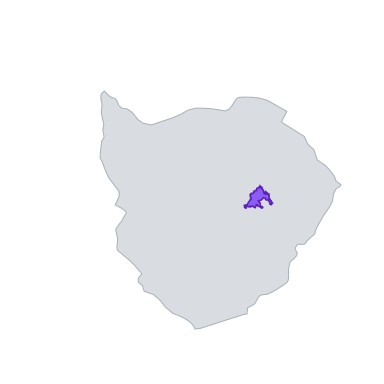 location of Seke, Mashonaland East, Zimbabwe, rotated 30°
{"feature_id": "62879985B71906244719276", "entity_name": "Seke", "entity_type": "district", "adm_level": 2, "iso_a3": "ZWE", "parent_name": "Zimbabwe", "parent_adm1": "Mashonaland East", "projection": "mercator", "projection_center": [31.007, -18.303], "detail": "fine", "context": "in_parent", "style": "filled", "palette": "violet", "viewbox_px": 384, "rotation_deg": 30, "n_neighbors": 0, "source": "geoboundaries", "source_scale": "gbopen_adm2", "svg_char_len": 6209}
<svg xmlns="http://www.w3.org/2000/svg" viewBox="0 0 384 384"><g transform="rotate(30 192 192)"><path d="M263.2,309.2L260.2,307.1L256.1,305.8L251.0,305.2L244.3,305.5L236.0,306.6L227.2,305.2L217.8,301.5L209.9,300.1L200.6,301.8L200.2,301.8L198.5,300.5L196.0,297.8L191.7,297.3L190.6,296.6L189.6,295.6L189.0,294.3L188.7,292.8L189.4,288.3L189.1,287.8L187.9,287.2L185.6,286.7L180.0,284.6L172.9,282.6L161.4,280.5L157.0,279.9L155.9,279.2L154.6,277.5L152.4,272.4L150.4,268.9L145.4,263.6L144.6,262.0L144.9,257.8L145.3,254.4L145.8,251.6L145.5,248.9L145.5,245.5L145.6,243.3L145.0,242.3L143.2,241.7L138.1,241.3L131.9,241.5L131.7,238.1L131.1,232.9L130.0,229.9L128.6,228.3L125.7,226.7L120.0,224.4L112.2,221.0L105.5,216.0L97.9,209.8L95.5,208.7L92.6,202.9L88.3,192.9L88.6,189.5L88.0,187.9L83.8,183.0L82.9,180.5L82.1,177.9L75.5,170.7L73.2,167.6L71.5,163.6L69.8,160.4L68.4,159.1L66.5,156.9L65.1,154.4L64.5,152.6L65.0,150.1L65.7,148.4L72.0,150.2L75.5,150.3L78.2,149.4L81.5,150.6L85.5,153.8L89.8,154.4L94.5,152.4L100.9,153.1L108.9,156.3L115.5,156.9L123.4,154.1L130.4,146.1L137.1,138.7L143.6,130.1L147.5,123.2L153.2,117.6L160.8,113.3L168.6,109.6L180.4,105.1L182.7,101.5L183.5,97.4L183.5,91.8L184.1,88.2L185.4,86.6L187.3,85.3L189.9,83.6L197.7,79.4L204.2,76.7L212.1,74.9L220.8,74.9L229.2,74.8L233.9,74.8L234.0,80.2L234.4,86.2L235.3,86.8L241.6,87.0L251.7,87.4L261.5,87.8L267.7,92.2L269.8,93.1L276.2,94.3L284.5,101.6L294.4,102.3L301.3,104.6L307.3,107.1L310.8,110.1L313.0,110.8L316.1,111.0L317.5,111.3L317.2,113.5L315.2,117.2L315.4,122.4L318.2,129.8L318.6,136.1L317.7,147.4L317.8,158.3L318.1,162.3L318.5,164.8L319.1,166.3L319.0,167.9L317.3,172.5L316.0,177.3L316.0,179.3L315.5,180.6L314.5,181.8L310.1,184.1L309.4,185.5L309.4,188.0L309.9,190.1L311.6,190.9L313.5,192.1L314.3,193.6L314.3,195.3L313.7,198.4L311.9,203.5L313.7,209.4L315.6,213.2L318.3,217.6L319.5,220.4L319.4,222.3L319.0,224.2L315.0,232.3L312.1,237.4L308.5,242.8L303.8,246.2L302.6,247.8L302.1,249.7L302.3,253.7L302.1,258.0L298.1,264.5L300.6,270.2L300.0,270.7L298.6,271.5L292.9,277.9L287.0,284.3L282.7,289.0L277.9,294.4L272.4,300.4L267.8,305.5L263.2,309.2Z" fill="#d9dde1" stroke="#a8b0b8" stroke-width="1"/><path d="M246.0,172.9L246.1,173.9L246.1,175.2L244.0,177.4L244.2,177.5L245.3,179.2L245.5,179.2L246.5,179.1L246.9,179.0L246.9,178.7L246.3,178.8L246.3,178.1L245.4,178.3L245.5,177.6L245.8,177.4L246.1,177.2L246.2,177.3L246.3,177.1L246.7,176.9L246.8,176.9L247.0,176.9L247.2,176.7L247.4,176.7L247.5,176.5L247.9,176.6L248.0,176.6L248.3,176.6L248.4,176.4L248.6,176.3L248.7,176.0L249.0,176.0L249.1,175.9L249.0,175.7L249.1,175.8L249.3,175.7L249.5,175.4L249.8,175.9L250.1,175.7L249.7,175.0L249.8,174.8L251.0,174.7L252.2,173.6L253.1,174.2L254.6,174.0L254.4,172.7L254.3,171.8L254.2,171.2L254.0,170.6L255.0,170.3L255.6,171.0L255.5,171.3L255.8,171.3L256.7,171.0L258.1,171.0L258.9,170.9L260.3,171.2L261.0,170.5L260.9,170.3L261.0,169.9L260.6,169.6L260.1,169.8L259.6,169.8L259.5,169.6L258.3,169.8L257.9,169.6L257.7,169.2L257.1,168.7L257.0,168.2L256.9,168.1L256.9,167.8L256.8,167.6L256.6,167.5L256.3,167.3L256.1,167.2L255.9,167.1L255.6,167.0L255.4,167.1L255.1,167.0L254.9,167.0L254.7,166.8L254.6,166.7L254.4,166.7L254.2,166.9L253.9,166.7L253.7,166.6L255.9,164.5L256.2,163.5L256.5,162.5L256.8,161.7L256.7,161.2L258.8,160.7L258.9,160.8L259.1,161.0L259.1,161.3L259.2,161.5L259.9,161.8L260.2,161.8L260.4,161.7L260.5,161.5L260.8,161.5L260.8,161.4L261.0,161.4L261.0,161.2L261.3,161.1L261.5,161.1L261.8,160.9L262.0,160.8L262.3,160.8L262.5,161.0L262.8,161.3L263.1,161.4L263.3,161.6L263.5,161.5L263.8,161.9L264.1,162.0L264.4,162.5L264.5,162.6L264.8,162.7L265.1,162.7L265.4,162.5L265.9,162.5L265.7,162.9L265.6,163.5L266.8,163.6L266.9,163.3L266.7,163.2L266.7,162.8L267.1,162.8L266.7,161.7L266.9,161.3L267.1,161.2L266.6,160.9L266.5,161.0L266.2,160.9L266.0,160.7L265.9,160.7L265.6,160.7L265.4,160.6L265.2,160.2L264.9,160.0L264.6,160.0L264.4,160.0L264.2,159.9L263.9,159.8L263.7,159.7L263.3,159.2L263.2,159.2L263.2,159.3L262.9,159.3L262.6,159.0L262.4,159.0L262.2,159.1L262.2,158.9L261.8,158.7L261.6,158.6L261.4,158.6L261.2,158.3L261.2,158.1L261.2,157.9L261.2,157.7L261.2,157.4L261.0,157.1L260.9,156.8L260.8,156.7L260.7,156.6L260.6,156.4L260.2,156.4L260.2,156.2L259.9,156.0L259.8,155.9L259.7,155.9L259.7,155.7L259.6,155.8L259.4,155.7L259.1,155.7L258.9,155.5L258.9,155.4L258.7,155.4L258.3,155.3L257.9,155.2L257.6,155.2L257.4,155.3L257.1,155.0L256.9,155.0L256.5,154.9L256.0,154.9L255.9,154.8L255.6,154.7L255.6,154.9L255.7,155.0L255.9,155.1L256.1,155.5L256.9,155.6L257.9,156.2L257.6,156.4L257.5,156.6L257.4,156.6L257.0,156.7L256.9,156.7L256.7,156.6L256.4,156.9L256.1,157.0L255.8,157.1L255.7,157.2L255.8,157.2L255.7,157.1L255.4,156.8L255.4,156.6L255.1,156.6L255.0,156.4L254.9,156.4L254.8,156.2L254.6,156.1L254.3,155.9L254.2,155.9L254.1,156.0L254.0,155.9L254.0,156.0L253.9,155.9L253.8,155.7L253.7,155.7L253.7,155.4L253.4,155.2L253.2,155.1L253.0,154.9L252.9,154.7L252.7,154.8L252.4,154.8L252.4,154.7L252.1,154.7L251.8,154.5L251.6,154.4L251.2,154.2L250.8,154.1L250.7,154.3L250.6,154.2L250.7,153.9L250.5,154.0L250.4,153.8L250.2,153.6L249.9,153.3L249.6,153.2L249.2,153.0L249.3,152.9L249.2,152.9L249.1,153.0L248.6,152.9L248.7,153.0L248.6,153.6L248.4,153.1L248.2,152.8L247.5,153.7L247.6,154.2L247.7,154.8L246.8,155.7L246.3,156.3L246.3,156.6L246.5,156.8L246.7,157.0L246.7,157.4L246.7,157.5L246.8,157.7L246.9,157.8L246.9,158.0L247.0,158.3L247.2,158.5L246.9,158.7L246.7,158.7L246.4,158.7L246.2,158.8L246.0,159.1L245.9,159.1L245.9,159.8L245.8,160.1L245.7,160.2L245.7,160.3L245.6,160.5L245.6,160.8L245.4,160.8L245.5,160.9L245.8,161.0L245.8,161.3L246.0,161.3L245.9,161.6L245.7,161.8L245.5,162.1L245.5,162.3L245.3,162.6L245.2,162.6L244.9,162.8L244.8,163.0L244.6,163.1L244.5,163.3L244.3,163.4L243.9,163.6L243.8,163.8L243.8,164.0L243.9,164.4L243.8,164.5L243.7,164.7L243.9,164.7L243.8,164.8L243.9,165.1L243.9,165.4L244.1,165.5L244.2,166.0L244.3,166.0L244.5,166.1L244.5,166.3L244.6,166.5L244.8,166.8L245.0,166.9L245.2,167.0L245.4,167.3L245.6,167.3L245.8,167.3L245.8,167.6L246.0,167.5L246.1,167.8L246.3,167.9L246.4,168.1L246.6,168.3L246.6,168.5L246.8,168.8L246.8,169.0L246.7,169.4L246.5,169.5L246.3,169.7L246.2,169.7L246.2,171.1L246.1,172.2L246.1,172.7L246.0,172.9Z" fill="#8b5cf6" stroke="#5b21b6" stroke-width="1.5"/></g></svg>